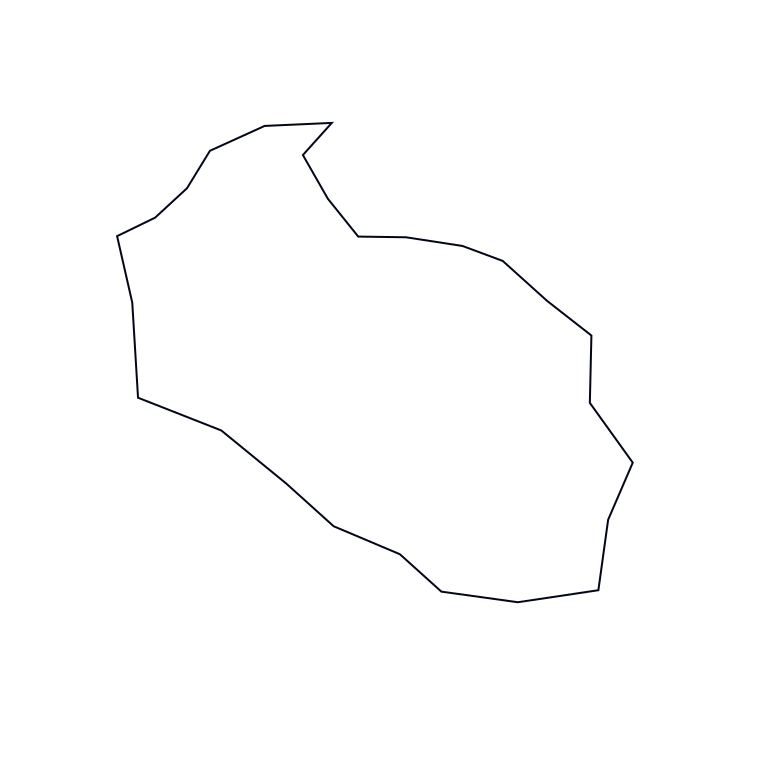 the district of Agrokipia, Nicosia, Cyprus, rotated 312°
{"feature_id": "46923920B48928942173959", "entity_name": "Agrokipia", "entity_type": "district", "adm_level": 2, "iso_a3": "CYP", "parent_name": "Cyprus", "parent_adm1": "Nicosia", "projection": "natural_earth1", "projection_center": [33.155, 35.046], "detail": "fine", "context": "isolated", "style": "outline", "palette": "ink", "viewbox_px": 768, "rotation_deg": 312, "n_neighbors": 0, "source": "geoboundaries", "source_scale": "gbopen_adm2", "svg_char_len": 488}
<svg xmlns="http://www.w3.org/2000/svg" viewBox="0 0 768 768"><g transform="rotate(312 384 384)"><path d="M558.8,505.7L554.9,449.8L554.9,389.9L539.1,350.0L507.7,302.1L476.3,266.2L484.1,218.3L499.9,170.5L543.1,170.5L495.9,122.6L440.9,98.6L397.7,106.6L354.5,102.6L315.3,86.7L276.0,142.5L209.2,210.4L240.6,294.2L244.6,378.0L244.6,441.8L268.1,509.7L268.1,565.6L311.3,629.4L374.2,681.3L433.1,641.4L492.0,621.5L507.7,549.6L558.8,505.7Z" fill="none" stroke="#020617" stroke-width="2"/></g></svg>